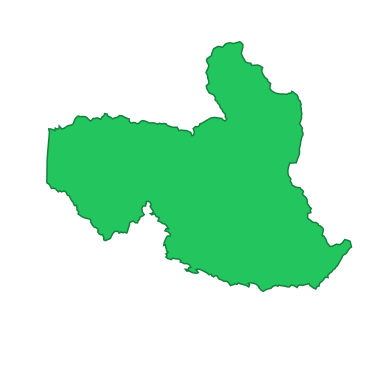 outline of Cerro Azul, Paraná, Brazil, rotated 342°
{"feature_id": "56859067B8316714109518", "entity_name": "Cerro Azul", "entity_type": "district", "adm_level": 2, "iso_a3": "BRA", "parent_name": "Brazil", "parent_adm1": "Paraná", "projection": "robinson", "projection_center": [-49.28, -24.885], "detail": "fine", "context": "isolated", "style": "filled", "palette": "green", "viewbox_px": 384, "rotation_deg": 342, "n_neighbors": 0, "source": "geoboundaries", "source_scale": "gbopen_adm2", "svg_char_len": 5432}
<svg xmlns="http://www.w3.org/2000/svg" viewBox="0 0 384 384"><g transform="rotate(342 192 192)"><path d="M244.2,80.5L242.2,82.8L242.8,85.9L242.2,88.8L242.2,90.8L241.8,93.9L238.4,95.4L238.0,98.0L239.0,103.1L242.6,106.3L243.6,109.3L242.4,111.6L243.7,113.6L244.1,115.8L245.1,118.0L245.0,120.7L246.2,122.9L246.0,124.7L247.7,128.3L246.8,131.1L247.7,133.3L245.5,134.7L243.7,133.1L243.1,131.3L236.4,128.0L232.9,127.5L230.4,127.9L222.5,129.7L220.7,129.5L219.8,130.9L217.7,131.8L215.4,130.9L212.7,132.1L212.7,135.9L211.0,138.4L209.4,138.5L209.1,135.0L207.2,133.2L206.0,132.0L202.7,130.7L201.1,129.8L198.6,129.6L197.9,125.8L195.9,125.2L193.6,124.5L192.2,123.3L190.4,122.2L189.0,121.0L188.3,119.0L186.4,118.1L184.1,117.8L182.2,116.5L180.5,117.0L177.5,114.7L175.2,113.8L173.2,113.5L171.8,112.2L169.8,110.5L168.2,109.2L165.9,108.8L162.3,110.3L160.5,109.9L159.4,108.5L157.7,107.7L155.7,107.9L154.2,105.9L154.7,103.0L152.7,101.6L150.4,99.4L148.8,97.8L146.7,96.9L144.0,98.0L142.4,97.7L139.1,97.8L137.8,96.0L136.7,94.7L135.2,93.4L135.4,91.7L133.3,90.4L131.8,92.1L129.9,92.8L127.6,94.7L126.4,93.5L124.9,92.2L122.9,92.1L120.6,91.5L119.3,92.6L117.3,93.1L116.0,90.8L114.9,88.4L113.2,87.1L110.7,86.2L108.7,85.7L107.2,84.5L104.0,85.9L101.8,88.2L100.4,90.2L98.2,91.1L96.2,90.7L93.5,90.8L90.4,91.8L87.6,91.9L86.9,89.9L86.1,88.2L85.3,90.1L83.5,90.8L81.7,89.0L80.5,91.3L78.9,89.8L77.3,88.5L75.3,87.7L74.8,91.3L66.7,110.4L63.8,117.7L56.8,138.4L58.7,140.8L59.4,145.2L61.2,145.5L63.2,146.6L64.0,148.8L65.1,150.6L66.6,150.1L68.0,151.6L70.9,151.5L72.3,153.6L72.5,156.4L74.0,157.7L74.5,160.7L74.8,162.7L75.7,165.0L76.0,168.6L77.8,168.8L77.8,170.8L77.1,173.6L78.1,175.6L76.9,177.8L78.4,179.6L79.6,181.3L81.0,182.7L83.4,184.4L86.1,186.0L87.1,187.5L86.4,189.7L87.0,192.4L88.0,195.0L90.0,196.6L91.2,198.4L90.0,201.0L90.7,203.1L92.2,204.6L93.8,204.9L94.0,208.0L93.3,210.2L94.6,211.5L96.6,211.3L99.9,211.0L103.9,207.0L106.5,205.6L109.4,206.5L109.9,208.6L112.1,208.1L113.7,209.4L115.8,209.6L117.2,210.9L118.4,209.6L120.1,207.0L122.3,204.1L123.1,202.0L124.9,201.5L127.2,201.7L128.9,204.0L130.8,204.5L131.7,202.8L133.6,201.8L134.8,199.9L138.2,199.4L139.6,198.8L138.6,195.5L139.3,191.9L141.2,190.1L143.4,191.0L144.6,189.3L145.7,187.0L147.2,187.3L148.8,188.4L149.4,191.9L147.7,192.6L148.6,196.3L149.3,198.7L147.7,199.9L145.8,199.7L146.7,201.3L149.7,201.0L150.3,204.1L152.8,206.2L150.6,209.1L152.8,210.7L154.3,212.9L156.3,214.1L157.4,215.8L158.3,219.8L156.3,218.8L154.2,220.5L156.9,222.5L158.4,225.3L157.8,227.1L154.9,226.3L152.5,228.5L150.1,231.3L148.6,234.1L150.3,233.9L150.1,236.0L149.9,238.5L149.7,240.3L150.6,241.9L148.0,242.8L148.7,244.4L147.1,245.8L148.4,247.8L151.5,249.9L153.3,248.9L156.0,250.7L158.6,251.5L160.2,253.5L159.2,254.9L160.9,256.1L162.3,257.7L165.2,258.6L167.2,260.7L167.6,263.2L165.7,263.0L164.3,264.4L161.8,263.5L162.7,265.7L164.8,266.2L166.0,267.4L167.4,268.8L171.4,270.8L173.1,270.5L171.8,267.0L173.5,267.2L175.6,268.0L179.3,271.5L181.1,273.4L182.6,275.9L184.9,276.2L185.1,278.0L186.3,279.4L188.1,278.7L189.8,279.4L190.9,283.2L193.1,284.9L194.8,286.8L197.4,287.7L198.8,289.7L199.6,292.9L202.1,292.9L204.7,292.8L206.6,293.7L208.0,292.8L209.6,294.3L211.3,295.2L212.5,296.3L214.1,296.9L216.6,299.8L218.1,298.2L217.3,296.4L219.5,296.4L221.5,297.3L222.9,298.2L224.3,299.3L226.0,301.9L226.3,304.0L227.5,306.8L229.0,308.5L233.3,307.5L237.2,308.0L239.8,306.8L242.6,306.6L244.5,308.1L246.2,307.4L247.5,308.5L251.6,310.4L253.4,311.7L255.3,312.4L257.8,311.1L260.6,313.1L262.5,315.3L264.0,313.9L265.7,313.6L268.3,315.0L274.9,315.3L275.4,317.5L277.9,320.9L279.7,322.5L281.9,320.5L283.8,320.7L285.3,318.1L288.6,316.9L292.4,314.3L295.0,315.4L295.2,313.4L297.2,312.1L299.0,311.4L300.4,311.0L302.1,309.6L304.2,309.1L305.5,308.0L307.5,307.0L314.1,301.0L315.9,298.9L319.5,298.2L321.2,296.8L324.2,294.4L326.7,293.6L326.9,290.6L327.2,287.8L325.3,286.2L322.6,284.4L319.5,286.7L316.4,287.8L313.1,286.2L309.1,286.9L306.4,286.4L304.7,281.8L304.8,278.8L303.7,274.5L302.3,273.6L305.2,268.8L305.3,266.8L303.6,264.0L302.1,262.8L301.9,261.0L300.4,259.3L297.7,258.3L296.8,256.8L293.9,252.7L295.4,248.1L298.6,248.4L299.0,245.9L300.4,244.4L299.3,242.8L298.2,239.0L298.8,236.1L299.1,234.2L298.3,231.7L297.0,229.8L296.4,228.1L298.1,226.0L297.6,224.3L296.5,223.1L296.0,221.2L293.2,220.0L291.8,219.1L289.4,216.3L289.4,214.3L288.8,212.3L290.0,210.1L288.9,206.5L289.0,203.9L290.0,200.6L292.3,196.9L293.9,194.8L300.2,196.4L301.9,194.0L304.0,191.3L305.8,189.3L306.8,186.6L307.7,183.5L309.7,180.6L310.6,178.4L313.3,173.8L315.2,172.0L315.8,169.8L315.4,167.5L316.7,165.5L316.1,162.7L315.4,160.2L317.1,158.4L319.2,155.1L319.7,153.2L320.7,151.5L321.0,148.2L321.8,146.2L321.8,143.7L322.9,142.5L322.9,140.6L322.9,138.8L321.7,136.5L322.2,134.2L321.7,132.1L320.1,130.0L319.2,128.2L318.0,127.1L316.7,128.6L314.3,128.0L312.8,128.5L311.1,127.9L308.6,126.8L306.5,126.2L304.4,125.2L301.4,123.3L298.8,120.0L298.0,117.6L298.8,115.8L300.3,113.0L298.4,110.5L298.5,108.2L296.7,105.4L296.3,103.6L295.7,101.1L295.8,98.0L297.6,95.6L295.7,93.1L293.7,91.5L290.6,90.8L287.7,89.9L287.7,87.7L285.1,86.6L283.1,84.8L282.7,82.1L282.0,79.7L281.7,75.7L282.8,73.5L285.1,70.2L285.9,67.5L284.9,65.0L283.7,63.8L282.1,63.8L280.2,63.7L277.3,63.7L275.9,62.7L274.0,61.8L271.6,61.5L269.7,61.5L267.3,62.9L265.9,63.8L264.5,63.0L262.5,61.8L260.6,61.7L256.9,62.5L255.1,64.5L253.9,66.1L252.6,68.4L249.8,69.1L247.3,70.0L246.4,71.6L246.6,73.8L247.2,76.6L245.7,79.1L244.2,80.5Z" fill="#22c55e" stroke="#15803d" stroke-width="1.5"/></g></svg>